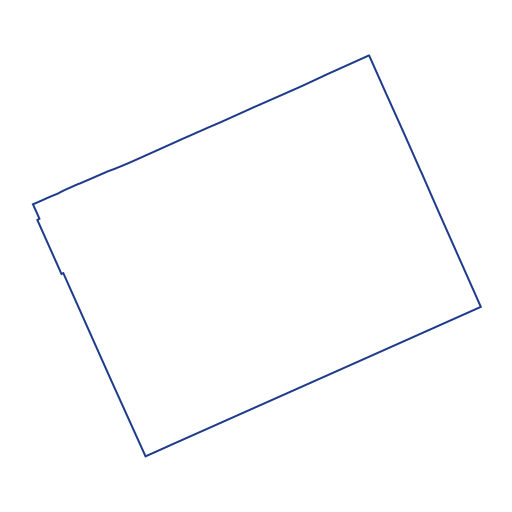 the district of Modoc, California, United States of America, rotated 336°
{"feature_id": "52423323B31115231658227", "entity_name": "Modoc", "entity_type": "district", "adm_level": 2, "iso_a3": "USA", "parent_name": "United States of America", "parent_adm1": "California", "projection": "mercator", "projection_center": [-120.863, 41.591], "detail": "fine", "context": "isolated", "style": "outline", "palette": "blue", "viewbox_px": 512, "rotation_deg": 336, "n_neighbors": 0, "source": "geoboundaries", "source_scale": "gbopen_adm2", "svg_char_len": 659}
<svg xmlns="http://www.w3.org/2000/svg" viewBox="0 0 512 512"><g transform="rotate(336 256 256)"><path d="M102.7,394.0L313.4,394.0L440.7,393.9L440.8,287.2L441.1,246.9L441.0,244.8L441.1,202.3L440.9,159.7L440.9,118.9L440.4,118.7L394.6,118.9L368.0,119.4L357.9,119.4L357.3,119.4L313.5,119.2L276.4,119.4L265.0,119.2L264.6,119.2L234.5,119.1L217.5,119.2L217.4,119.2L178.0,119.3L162.8,118.9L154.9,118.4L124.1,118.1L123.2,117.9L108.3,117.9L102.1,118.2L101.7,118.3L100.5,118.4L95.5,118.2L91.5,118.1L76.5,118.1L75.4,118.1L73.3,118.0L73.3,133.9L70.9,134.2L71.0,193.3L73.0,193.3L73.1,311.0L73.6,394.1L102.7,394.0Z" fill="none" stroke="#1e3a8a" stroke-width="2"/></g></svg>